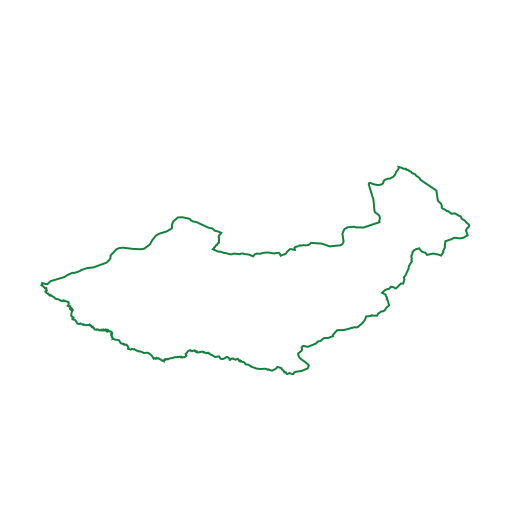 Sekyere East, Ashanti, Ghana, rotated 108°
{"feature_id": "2480657B61321065662810", "entity_name": "Sekyere East", "entity_type": "district", "adm_level": 2, "iso_a3": "GHA", "parent_name": "Ghana", "parent_adm1": "Ashanti", "projection": "equal_earth", "projection_center": [-1.328, 6.78], "detail": "fine", "context": "isolated", "style": "outline", "palette": "green", "viewbox_px": 512, "rotation_deg": 108, "n_neighbors": 0, "source": "geoboundaries", "source_scale": "gbopen_adm2", "svg_char_len": 6128}
<svg xmlns="http://www.w3.org/2000/svg" viewBox="0 0 512 512"><g transform="rotate(108 256 256)"><path d="M138.0,104.7L132.8,123.0L131.4,124.5L130.5,126.8L130.5,127.8L129.1,130.0L128.8,133.3L127.9,134.9L127.8,136.7L127.1,138.2L127.6,139.6L126.7,140.3L127.5,142.9L127.1,144.4L127.2,148.0L128.1,147.4L129.5,147.5L132.9,148.7L135.4,148.8L138.2,149.9L141.0,152.6L141.9,154.7L143.5,156.8L145.1,157.7L147.7,157.7L148.9,158.4L150.2,160.5L151.0,162.6L151.4,166.5L151.2,170.0L151.9,171.1L153.0,170.9L166.2,161.7L176.8,157.1L177.9,155.9L178.2,154.3L179.4,151.4L180.8,150.3L182.5,149.7L184.7,149.6L185.7,149.0L196.0,163.0L196.5,165.7L197.9,169.5L197.9,171.9L200.5,177.9L203.2,180.3L208.1,180.7L215.4,177.1L218.2,177.6L219.6,178.8L224.1,188.9L223.9,197.3L226.5,207.7L229.1,209.2L230.6,212.0L230.8,213.9L232.0,215.8L232.5,217.9L233.6,218.8L235.4,221.5L236.4,221.9L238.2,220.9L238.7,225.3L239.0,225.8L242.3,227.7L244.4,228.2L248.1,232.6L246.4,234.2L246.0,235.2L246.2,236.3L248.0,239.6L248.9,245.6L250.5,249.5L252.8,253.1L253.3,255.7L254.7,257.6L257.3,258.7L256.8,263.0L257.8,268.1L257.6,269.3L258.4,271.0L259.3,271.9L260.5,277.7L262.0,279.8L262.5,282.1L262.5,285.6L263.0,287.2L262.8,290.5L263.5,293.5L262.9,299.1L261.6,298.3L260.9,298.5L260.4,297.9L258.2,297.4L257.5,296.5L255.5,296.2L254.8,295.4L249.8,296.8L249.4,297.4L248.3,297.6L244.7,296.2L244.4,299.9L244.7,303.1L243.2,306.3L243.7,308.1L243.7,310.4L242.2,322.8L242.6,326.8L242.3,328.7L241.1,330.6L241.9,338.0L243.5,342.2L248.8,345.4L252.4,345.6L255.1,344.6L255.9,344.7L260.3,348.6L264.5,354.7L267.7,357.6L273.2,359.6L277.9,360.5L283.7,364.7L285.1,367.4L287.4,375.7L289.1,384.8L290.7,388.5L292.6,390.7L300.3,394.4L303.1,393.8L305.3,394.4L308.3,395.9L316.9,406.8L319.8,413.0L323.5,418.1L324.4,418.6L326.5,421.0L328.2,423.6L328.8,425.5L332.1,429.2L335.3,431.8L343.4,443.6L347.3,445.7L347.7,448.0L347.7,450.8L348.4,450.5L349.0,450.9L350.0,450.1L350.2,450.5L351.3,447.6L351.3,447.1L351.8,446.9L351.3,445.6L352.1,445.1L352.5,445.3L353.5,444.2L354.8,445.4L355.3,445.1L356.2,442.7L355.9,441.9L356.7,441.3L357.3,439.7L356.5,439.2L357.1,438.1L357.7,435.1L358.5,433.8L358.6,432.6L358.2,431.2L358.8,428.0L358.8,426.3L357.8,425.8L357.7,424.7L358.1,424.7L358.1,424.3L357.8,423.0L357.7,420.2L359.2,419.3L361.0,419.4L361.1,418.5L361.6,419.1L361.7,418.3L361.3,417.2L361.8,417.0L362.9,415.0L363.6,416.6L364.0,416.4L363.8,415.3L364.4,415.0L364.0,414.2L364.2,413.6L366.2,414.0L369.5,413.4L370.2,413.0L371.0,410.6L372.2,411.3L372.9,411.0L372.7,408.9L373.1,407.7L375.3,405.2L375.6,403.6L374.4,402.2L374.9,399.6L374.7,398.6L374.3,398.7L374.4,396.4L373.4,394.2L373.4,393.0L372.6,392.9L373.1,391.4L374.3,390.4L374.4,389.9L373.8,389.4L374.5,389.1L374.5,388.1L375.7,386.8L375.6,385.1L374.9,384.7L374.7,383.0L375.1,382.4L374.8,380.8L374.4,381.0L373.8,380.2L374.2,378.8L373.9,377.9L373.7,377.5L373.2,377.8L373.4,376.5L373.0,376.9L372.3,376.4L372.7,375.2L372.1,374.8L372.1,374.3L373.2,373.9L372.5,373.6L373.1,372.9L372.8,372.4L373.1,371.6L372.6,370.9L373.4,369.1L375.1,368.8L375.2,369.6L376.4,369.1L377.1,368.0L377.6,368.0L377.6,367.6L378.6,366.8L379.2,366.8L378.7,366.1L379.1,364.9L378.5,360.2L380.1,358.6L380.1,358.2L380.8,357.7L380.6,356.9L380.8,356.3L380.3,354.7L380.6,354.0L381.1,354.3L381.2,353.9L380.4,352.4L381.0,351.3L380.8,350.9L382.2,349.2L383.8,349.1L383.7,346.0L382.6,345.1L382.5,343.2L382.2,342.8L382.9,340.4L382.6,338.6L383.0,338.3L382.9,337.5L382.4,336.3L382.9,332.8L381.4,328.8L382.3,325.8L383.3,323.9L385.3,321.6L384.3,320.6L384.8,320.1L384.6,319.3L383.6,318.9L383.9,317.6L383.4,317.2L384.6,312.4L384.3,312.0L384.6,311.1L384.1,311.2L383.4,310.6L383.3,311.1L382.9,310.6L382.2,310.6L381.3,308.2L381.5,307.8L380.2,306.6L378.3,303.0L377.4,302.3L376.7,299.9L376.2,299.4L376.3,298.8L375.3,297.5L375.5,296.5L375.1,296.5L374.9,295.6L375.3,294.8L374.1,292.5L372.4,291.3L371.4,292.5L370.5,292.6L370.1,292.0L367.5,291.3L365.8,289.4L366.5,287.8L365.1,285.9L365.4,284.6L364.9,284.6L365.1,283.9L364.9,283.3L365.0,282.8L365.8,283.1L366.0,282.8L365.5,280.9L363.5,277.6L363.7,276.6L363.4,276.0L363.9,275.7L363.9,274.6L363.5,273.9L363.8,273.1L362.8,271.7L363.1,271.1L363.0,270.2L363.4,270.1L364.0,267.8L363.8,267.2L364.7,263.7L362.9,260.1L364.4,258.4L364.7,257.4L363.9,255.1L361.0,252.6L361.0,251.5L361.9,249.6L362.9,248.9L362.6,248.3L361.1,247.7L361.0,246.8L360.5,246.1L360.9,245.5L361.0,243.6L359.4,241.5L360.9,239.7L360.3,239.1L361.3,238.3L361.1,237.9L360.6,238.3L360.4,237.6L360.9,236.8L360.8,234.3L362.1,232.5L362.2,231.8L361.7,229.5L362.6,226.9L362.9,220.9L362.0,216.4L360.4,212.6L360.2,210.8L360.5,210.3L360.5,209.6L359.9,208.9L360.2,208.2L360.1,205.3L357.2,202.3L354.8,201.3L354.8,197.3L355.6,196.6L357.1,193.6L357.9,193.2L357.4,191.8L358.6,190.5L358.6,189.7L356.8,187.9L357.1,187.3L357.1,185.6L356.6,184.0L355.0,183.7L353.8,182.3L351.1,177.0L346.9,172.1L343.6,171.9L342.2,175.0L339.9,181.9L339.2,183.3L337.1,185.2L335.7,185.8L331.9,183.3L330.9,183.3L328.8,184.4L327.6,183.9L326.9,183.3L326.4,178.7L321.0,172.2L318.2,170.7L316.8,168.3L314.0,166.7L312.8,165.5L311.5,161.8L308.4,158.0L307.5,158.5L301.6,156.0L299.3,149.7L296.0,144.3L295.0,143.4L294.7,142.3L293.2,140.3L293.0,138.5L291.7,137.0L286.6,133.9L282.8,132.6L279.5,132.6L277.5,128.1L276.6,127.7L276.6,126.5L275.2,122.3L273.1,122.1L269.8,119.5L269.3,117.9L267.8,116.8L264.6,115.9L261.8,114.1L257.5,117.1L256.6,118.4L255.4,118.2L254.0,120.1L252.8,120.7L252.0,124.7L248.6,122.8L247.2,121.3L245.9,119.1L243.6,118.3L243.2,115.4L243.7,113.7L243.5,112.8L237.5,109.7L236.8,107.5L232.4,107.6L230.8,108.8L228.6,107.9L220.8,107.0L218.5,107.5L212.9,106.1L212.0,106.9L210.2,107.0L208.0,108.4L205.8,107.9L204.0,108.3L201.7,107.4L200.2,106.1L198.3,103.2L199.1,102.3L200.7,99.3L200.5,96.0L202.1,93.7L198.9,88.1L198.3,83.0L198.4,80.1L194.5,79.0L193.4,79.6L189.5,78.9L188.1,79.6L183.4,80.4L179.5,75.1L177.9,73.8L177.0,71.8L176.3,67.6L174.6,64.4L170.9,61.1L166.9,64.2L164.7,63.9L163.1,62.9L161.2,62.6L160.3,63.4L158.9,66.8L158.0,68.0L156.9,72.1L155.5,73.0L155.0,74.0L155.0,75.4L154.0,80.1L155.4,83.1L154.0,87.0L154.3,88.1L153.5,90.5L153.3,93.1L152.6,94.3L150.9,94.8L149.1,96.1L147.4,99.8L146.8,100.3L138.0,104.7Z" fill="none" stroke="#15803d" stroke-width="2"/></g></svg>